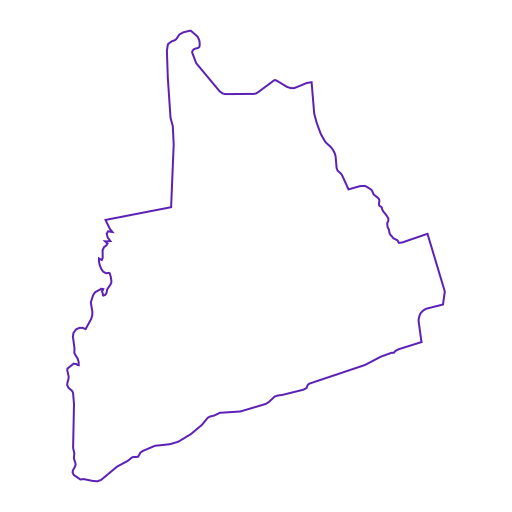 Bas-Sassandra, orthographic projection
{"feature_id": "CIV-3448", "entity_name": "Bas-Sassandra", "entity_type": "Department", "adm_level": 1, "iso_a3": "CIV", "parent_name": "Ivory Coast", "parent_adm1": "", "projection": "orthographic", "projection_center": [-6.849, 5.451], "detail": "fine", "context": "isolated", "style": "outline", "palette": "violet", "viewbox_px": 512, "rotation_deg": 0, "n_neighbors": 0, "source": "natural_earth", "source_scale": "10m", "svg_char_len": 3065}
<svg xmlns="http://www.w3.org/2000/svg" viewBox="0 0 512 512"><path d="M112.4,232.0L109.8,228.7L105.5,220.0L109.2,219.2L171.1,207.2L173.7,144.4L172.8,126.3L170.5,117.6L167.8,77.6L166.9,50.7L167.9,44.3L170.2,42.4L171.8,41.3L173.2,40.8L174.1,40.5L175.0,40.1L175.8,39.5L176.5,38.8L179.1,34.9L179.6,34.4L182.8,32.6L183.8,32.2L189.2,30.9L190.8,30.7L197.6,36.6L199.3,40.3L199.6,42.6L199.7,44.2L199.6,45.6L199.4,46.7L198.9,47.4L198.1,47.9L196.1,48.5L195.1,48.7L194.0,49.2L193.1,50.0L192.2,51.6L192.2,52.7L196.3,63.3L219.7,91.4L222.6,93.4L224.9,94.1L254.0,93.9L256.0,93.5L258.1,92.2L273.2,81.0L274.8,80.0L277.1,80.9L287.2,87.0L290.8,88.1L294.3,88.1L306.7,83.0L311.6,82.2L314.2,113.5L316.8,123.2L320.8,134.0L324.8,141.1L326.0,142.6L327.2,143.8L327.7,144.2L330.4,146.6L332.0,148.5L333.0,150.0L334.6,153.0L335.2,154.8L335.6,156.5L336.6,167.9L337.2,169.8L337.9,171.0L339.5,172.3L340.3,172.9L341.3,174.1L342.4,175.9L348.5,189.4L360.1,186.1L364.9,185.9L366.4,186.6L371.2,189.6L372.0,190.7L373.7,194.5L378.2,198.1L378.8,198.9L379.2,199.8L379.4,200.9L379.0,203.1L379.0,204.3L379.3,205.7L380.1,206.3L381.2,206.8L381.7,207.4L382.3,209.7L383.6,211.9L384.7,213.1L385.5,214.2L386.3,215.1L388.4,218.5L388.3,220.5L388.0,221.6L387.5,222.4L387.2,223.4L387.3,224.5L387.5,226.8L387.9,227.7L388.4,228.6L388.8,229.5L389.7,233.6L390.2,234.5L390.8,235.3L392.1,236.6L392.9,237.8L393.7,238.4L394.9,239.1L397.0,240.0L397.9,241.0L398.4,242.2L399.0,242.9L402.1,242.5L427.5,233.8L444.8,291.5L443.0,304.5L426.7,308.6L424.8,309.5L423.1,310.6L421.0,312.7L420.3,313.9L419.6,315.5L418.7,318.8L418.6,321.3L421.4,341.4L421.6,342.0L398.7,349.2L395.3,351.0L393.8,352.8L391.4,352.8L380.8,356.7L364.9,365.0L309.4,383.6L307.7,385.0L306.5,388.1L303.4,389.7L282.0,395.0L277.8,395.5L274.6,396.6L269.1,401.8L265.9,403.9L240.2,411.5L219.8,412.8L214.6,415.4L209.8,416.6L207.6,417.9L201.9,424.9L191.0,434.0L178.3,441.7L170.0,444.2L154.9,445.8L142.9,450.9L140.4,452.6L138.3,456.6L136.2,457.0L133.6,456.9L131.7,457.6L128.0,460.7L117.1,466.6L101.1,479.9L97.4,481.3L92.5,480.9L83.7,479.1L80.4,479.5L73.7,474.9L72.6,472.5L72.9,470.4L75.0,466.6L75.6,464.6L75.3,462.7L73.9,458.6L74.3,453.4L73.9,451.3L73.4,449.4L73.1,447.6L74.0,404.1L73.1,393.5L72.6,391.7L71.4,390.2L69.8,389.0L68.3,387.5L67.2,385.1L67.2,384.9L67.3,383.3L68.4,379.1L68.7,376.8L67.3,370.5L67.4,368.6L73.6,363.7L76.2,364.0L77.9,365.2L78.7,365.3L78.7,362.2L77.5,358.2L75.7,355.6L74.3,352.8L74.5,348.4L72.9,336.6L73.4,333.1L76.0,329.4L79.3,327.9L82.7,327.9L85.6,329.1L91.1,319.1L92.2,315.6L92.4,312.1L90.8,302.5L92.9,295.8L93.8,294.0L95.3,292.1L100.5,289.3L101.0,288.7L103.3,289.1L103.0,289.9L102.0,290.9L102.2,292.0L102.8,293.3L102.8,294.9L103.3,295.6L105.3,294.8L106.3,293.5L107.1,290.1L107.5,288.8L110.0,285.3L111.2,283.2L111.4,280.9L110.8,277.0L109.7,273.2L108.2,272.9L106.1,273.3L103.1,271.6L101.2,268.8L99.8,265.3L99.0,261.7L99.0,258.5L101.8,260.0L102.7,257.8L102.6,250.2L104.0,247.2L106.4,245.3L107.5,243.6L107.1,243.3L105.1,241.3L106.4,241.4L110.4,241.1L107.7,237.6L106.7,233.7L108.1,231.3L112.4,232.0Z" fill="none" stroke="#5b21b6" stroke-width="2"/></svg>